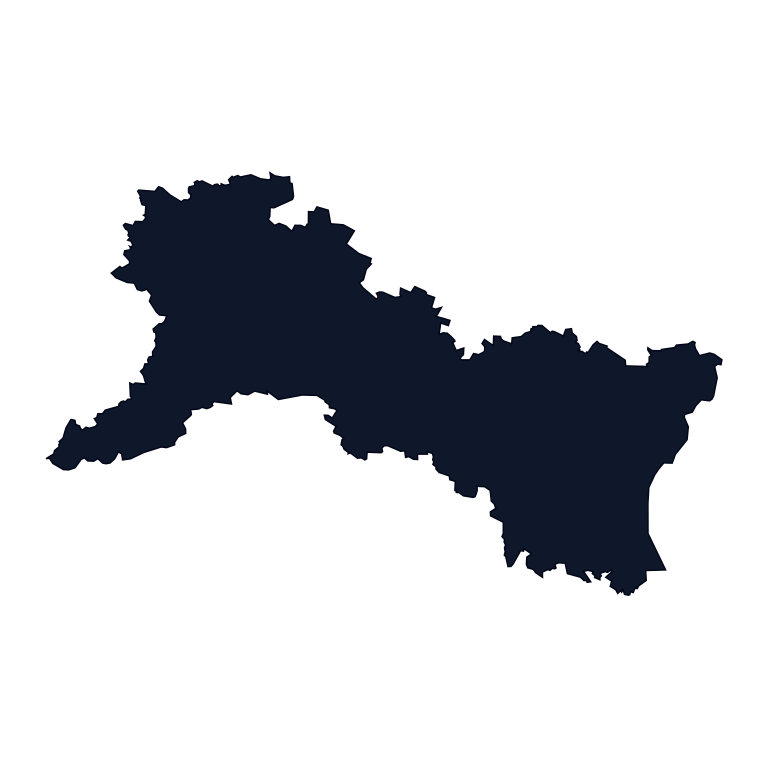 Roscommon Lea-6, Roscommon, Ireland (Albers equal-area conic projection)
{"feature_id": "5873133B51577512339475", "entity_name": "Roscommon Lea-6", "entity_type": "district", "adm_level": 2, "iso_a3": "IRL", "parent_name": "Ireland", "parent_adm1": "Roscommon", "projection": "albers", "projection_center": [-8.414, 53.724], "detail": "fine", "context": "isolated", "style": "filled", "palette": "ink", "viewbox_px": 768, "rotation_deg": 0, "n_neighbors": 0, "source": "geoboundaries", "source_scale": "gbopen_adm2", "svg_char_len": 6100}
<svg xmlns="http://www.w3.org/2000/svg" viewBox="0 0 768 768"><path d="M144.0,452.4L161.1,447.0L166.6,447.6L174.6,444.8L174.6,442.3L178.2,436.9L185.7,433.4L185.6,428.9L182.5,422.8L190.8,415.4L191.4,414.1L190.5,409.7L198.7,409.0L201.9,407.3L206.8,408.6L210.3,407.4L212.8,405.5L212.0,403.8L213.8,401.6L231.5,404.0L230.2,397.5L237.1,390.8L241.1,393.8L248.0,394.7L254.7,391.1L267.5,394.2L267.0,390.9L278.3,399.5L302.3,395.0L317.1,395.4L325.4,400.6L325.0,401.7L329.2,404.7L329.5,407.8L334.4,408.7L337.7,411.1L335.7,412.3L332.3,418.1L328.1,415.3L324.3,415.2L325.4,419.5L336.0,426.3L333.6,431.2L334.1,432.9L340.2,435.4L343.7,438.6L342.0,439.8L341.1,444.8L342.5,445.5L344.2,449.4L348.4,452.5L348.1,453.7L350.3,452.9L357.5,458.2L361.3,457.8L364.8,459.9L366.6,458.9L367.1,452.2L381.3,452.7L382.6,451.6L381.8,448.2L383.9,445.9L387.5,445.6L400.7,451.3L404.7,450.8L405.6,457.4L408.8,456.6L413.4,459.2L417.6,459.5L417.5,454.1L427.4,454.1L426.9,451.8L432.4,453.4L433.4,456.9L432.7,459.7L433.8,462.0L432.9,464.4L436.2,467.0L435.9,468.9L439.1,472.5L449.3,475.9L449.8,479.7L455.3,481.4L454.9,490.5L456.2,491.0L456.3,492.4L459.0,492.6L463.4,495.8L473.1,497.4L474.9,496.8L476.1,494.2L477.2,490.4L477.0,486.3L484.7,486.7L490.2,490.5L491.3,501.1L494.2,503.9L495.8,508.4L490.4,511.8L490.6,515.9L503.3,522.2L503.3,533.5L502.0,536.6L504.4,539.1L504.2,542.2L505.6,545.0L504.5,547.8L505.2,551.9L504.3,555.1L505.8,556.6L508.0,566.6L511.0,566.4L513.0,564.2L520.6,550.7L523.5,551.1L523.8,548.6L531.5,553.9L526.8,557.2L526.4,564.3L527.8,567.8L533.4,569.4L535.7,572.7L542.5,577.3L542.4,572.4L543.3,571.6L548.0,569.5L549.9,570.4L552.3,568.3L554.6,568.8L556.0,568.0L554.9,564.2L558.7,562.8L565.2,563.2L567.4,573.6L580.4,577.2L583.9,580.5L586.6,580.6L587.1,582.3L590.7,581.8L583.6,571.4L587.8,570.3L593.1,571.6L592.3,573.5L595.0,575.7L594.6,577.5L599.9,579.8L599.9,577.4L601.4,575.9L600.3,574.4L601.1,573.0L605.3,571.6L607.5,572.4L610.7,570.1L611.8,571.8L605.8,577.3L611.7,581.1L610.2,586.3L615.7,589.7L617.7,593.4L620.7,590.7L621.6,592.1L622.8,589.4L624.6,594.4L628.5,595.2L629.7,594.7L630.6,591.7L633.2,592.6L634.8,588.3L637.3,588.5L638.6,585.9L646.2,580.5L645.7,570.5L665.6,569.9L648.0,533.5L647.9,503.6L648.8,487.5L654.7,474.9L658.7,469.0L663.8,462.9L672.2,463.1L675.4,454.3L687.1,439.7L688.3,426.8L684.3,417.4L684.6,414.5L692.4,412.1L695.6,406.0L701.3,399.8L709.6,400.8L712.0,399.1L713.6,396.0L717.2,377.8L714.6,366.4L717.6,364.2L721.0,364.7L721.9,359.7L714.2,354.3L709.7,353.0L699.5,355.6L695.5,348.8L694.5,344.9L695.1,342.5L692.9,341.3L688.1,344.0L676.4,345.1L674.6,347.6L661.4,349.5L661.2,350.8L652.1,350.6L647.9,347.8L647.7,349.7L651.3,355.3L649.2,357.0L649.1,362.6L646.5,364.2L647.3,366.5L625.7,365.9L625.2,360.2L606.6,347.7L607.1,346.1L599.3,343.5L597.0,341.4L593.1,344.8L587.9,352.8L586.8,351.9L585.4,353.7L582.0,351.4L579.4,351.7L578.4,350.7L579.9,350.0L579.0,348.2L580.1,347.0L578.2,343.4L575.6,342.5L577.1,340.4L576.4,336.5L572.2,332.9L571.4,328.7L565.7,329.5L563.4,336.0L554.5,331.7L552.1,331.2L550.4,332.7L541.9,325.5L537.9,325.4L537.3,326.6L532.8,326.7L532.8,328.6L531.1,328.6L530.7,331.6L525.4,333.0L521.2,336.6L512.2,337.8L511.7,343.8L503.4,340.9L501.1,338.7L500.5,336.4L493.7,336.1L493.3,345.6L484.5,339.5L482.0,343.5L484.8,346.7L484.6,350.8L483.6,352.1L478.6,354.7L473.6,353.5L469.8,359.9L461.7,359.9L459.8,358.3L463.4,354.7L463.8,348.0L456.2,350.5L452.8,342.7L454.9,341.3L454.6,340.2L451.0,336.5L447.2,333.2L443.2,332.8L439.1,334.4L440.7,323.0L448.3,325.6L450.0,320.4L436.3,316.4L441.5,307.4L435.6,309.2L431.5,307.7L434.6,297.5L425.9,294.4L426.5,292.8L424.9,291.1L414.8,286.6L410.8,292.6L400.6,288.1L400.0,294.3L401.0,295.6L399.2,296.9L394.8,297.4L382.8,292.2L379.4,292.0L376.4,293.3L378.2,296.3L376.7,299.5L363.0,287.8L359.3,282.8L363.4,279.8L366.3,269.2L371.3,263.9L370.0,263.2L371.2,258.5L358.8,253.5L346.3,244.0L354.4,230.8L343.3,224.8L330.7,223.8L328.2,210.2L316.9,206.9L314.2,211.9L308.5,211.6L308.4,224.0L307.0,224.3L305.4,227.4L301.0,225.4L295.0,225.3L291.9,231.3L285.7,225.9L279.1,223.4L274.5,225.4L268.3,219.6L269.8,216.4L270.1,207.5L274.0,207.8L292.5,199.4L293.5,196.3L292.1,183.6L289.9,182.8L289.5,176.7L283.3,177.4L274.7,175.8L270.0,172.8L270.8,177.4L270.3,179.3L268.9,179.9L260.6,178.8L251.0,174.8L240.4,177.0L237.7,175.5L233.3,177.3L232.1,176.3L228.6,179.7L230.4,183.6L229.1,184.5L224.9,185.3L221.2,183.8L221.3,185.5L219.3,185.8L217.4,184.1L214.3,184.7L213.4,186.4L202.0,180.9L199.4,181.9L197.3,180.7L194.3,182.4L195.0,183.3L194.4,185.7L189.2,186.9L188.5,188.4L188.6,192.6L190.8,194.8L190.7,197.7L188.1,200.0L184.1,199.8L181.3,201.8L169.9,194.9L162.6,188.2L158.6,186.7L154.9,191.4L138.7,190.1L137.7,191.2L140.6,196.5L139.7,198.0L141.1,199.0L140.5,200.0L142.0,204.6L145.9,205.6L145.2,214.5L143.6,215.2L145.8,216.6L145.0,219.1L142.6,221.7L135.3,221.4L133.1,225.6L125.4,223.5L123.4,225.2L125.3,228.8L127.9,230.4L129.0,233.8L128.0,234.6L128.3,235.8L130.3,237.4L127.7,240.1L130.9,241.2L132.8,244.8L131.4,247.2L129.7,246.4L130.7,248.2L129.7,249.9L124.7,250.8L123.9,254.6L129.6,260.9L129.5,263.8L122.0,268.1L119.9,266.5L111.3,273.1L116.0,277.8L127.2,282.5L134.3,283.1L137.3,289.5L141.5,290.9L145.0,290.1L145.9,288.4L151.6,295.1L149.4,301.2L156.3,311.9L159.5,315.0L166.8,315.7L164.6,321.4L161.7,323.8L159.4,323.6L153.1,329.1L154.0,332.1L155.8,332.4L156.1,337.4L154.7,340.9L155.9,342.6L156.1,346.4L152.5,351.9L152.8,356.3L149.1,357.0L147.7,359.9L148.6,363.9L144.9,363.9L143.6,368.3L140.5,371.4L143.5,375.6L145.9,384.0L135.1,383.0L133.4,384.5L129.8,383.0L130.4,396.5L131.5,396.7L131.0,399.2L128.0,399.2L125.1,402.0L123.5,401.0L120.8,402.0L119.0,403.9L118.6,406.4L105.3,410.1L102.4,413.8L97.9,413.7L96.7,417.7L94.3,418.6L97.7,423.8L95.4,426.5L89.6,428.2L85.9,427.3L82.7,430.0L80.5,428.6L79.5,425.9L75.7,424.5L74.9,420.3L70.9,419.5L66.0,427.9L63.0,438.1L59.2,441.6L60.0,443.4L58.9,444.4L59.0,446.9L54.5,450.6L53.8,453.9L46.1,458.6L49.6,458.4L52.8,463.4L63.4,469.6L68.5,469.9L75.0,467.8L81.1,459.5L84.4,457.9L87.8,460.9L93.7,461.2L97.9,458.7L102.7,463.1L106.1,463.7L110.0,463.0L114.7,458.8L118.4,451.9L121.7,453.9L122.6,459.9L130.5,458.8L144.0,452.4Z" fill="#0f172a" stroke="#020617" stroke-width="1.5"/></svg>